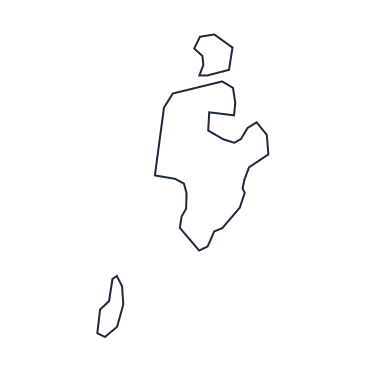 SVG path tracing the border of Aland, rotated 101°
{"feature_id": "ALA", "entity_name": "Aland", "entity_type": "country or territory", "adm_level": 0, "iso_a3": "ALA", "parent_name": "Europe", "parent_adm1": "", "projection": "equal_earth", "projection_center": [19.994, 60.209], "detail": "fine", "context": "isolated", "style": "outline", "palette": "slate", "viewbox_px": 384, "rotation_deg": 101, "n_neighbors": 0, "source": "natural_earth", "source_scale": "50m", "svg_char_len": 778}
<svg xmlns="http://www.w3.org/2000/svg" viewBox="0 0 384 384"><g transform="rotate(101 192 192)"><path d="M169.9,142.9L178.8,143.0L182.8,140.1L198.3,142.1L221.7,155.4L226.4,162.6L242.5,166.3L248.1,173.8L229.5,197.1L218.0,197.5L209.4,194.6L194.2,197.1L185.3,201.5L182.3,211.2L182.8,231.6L114.6,235.6L99.0,229.7L77.7,183.5L82.0,171.6L96.4,166.5L108.7,165.4L110.5,190.3L128.6,187.8L134.3,171.4L135.6,159.9L130.7,154.1L118.4,149.6L111.3,141.9L121.6,129.5L140.5,124.2L156.8,140.7L169.9,142.9ZM74.7,199.3L76.2,207.0L65.1,205.1L56.5,207.7L50.7,217.2L38.1,213.8L33.1,200.2L42.5,179.8L65.0,179.0L74.7,199.3ZM350.9,249.8L348.7,258.0L324.9,259.8L314.9,252.6L292.7,253.5L288.8,249.8L298.0,242.6L315.6,238.0L338.6,239.8L350.9,249.8Z" fill="none" stroke="#1e293b" stroke-width="2"/></g></svg>